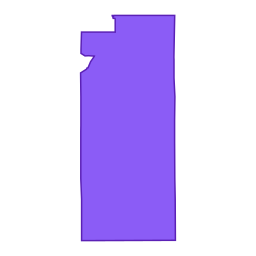 Santa Fe, New Mexico, United States of America (Equal Earth projection)
{"feature_id": "52423323B7910284098796", "entity_name": "Santa Fe", "entity_type": "district", "adm_level": 2, "iso_a3": "USA", "parent_name": "United States of America", "parent_adm1": "New Mexico", "projection": "equal_earth", "projection_center": [-106.034, 35.521], "detail": "fine", "context": "isolated", "style": "filled", "palette": "violet", "viewbox_px": 256, "rotation_deg": 0, "n_neighbors": 0, "source": "geoboundaries", "source_scale": "gbopen_adm2", "svg_char_len": 654}
<svg xmlns="http://www.w3.org/2000/svg" viewBox="0 0 256 256"><path d="M175.4,240.3L175.2,199.4L174.8,178.6L174.6,141.1L174.6,120.3L174.9,96.7L174.0,78.1L174.0,63.7L174.0,59.8L173.9,57.3L174.1,46.0L174.6,20.9L174.7,15.4L131.1,15.4L126.9,15.4L115.8,15.4L112.2,15.5L112.2,16.0L113.3,16.7L112.9,17.2L113.2,18.4L114.9,18.4L115.2,19.2L115.2,32.1L81.5,32.1L81.0,49.6L81.0,53.4L85.0,55.9L88.5,55.7L94.3,56.1L94.1,56.6L90.6,61.7L88.0,67.8L87.0,68.0L86.6,69.1L80.6,72.9L80.9,97.0L80.9,125.6L80.8,131.4L80.8,146.0L80.8,161.5L80.8,178.6L81.4,194.0L81.6,199.4L81.6,240.6L90.3,240.6L119.6,240.5L175.4,240.3Z" fill="#8b5cf6" stroke="#5b21b6" stroke-width="1.5"/></svg>